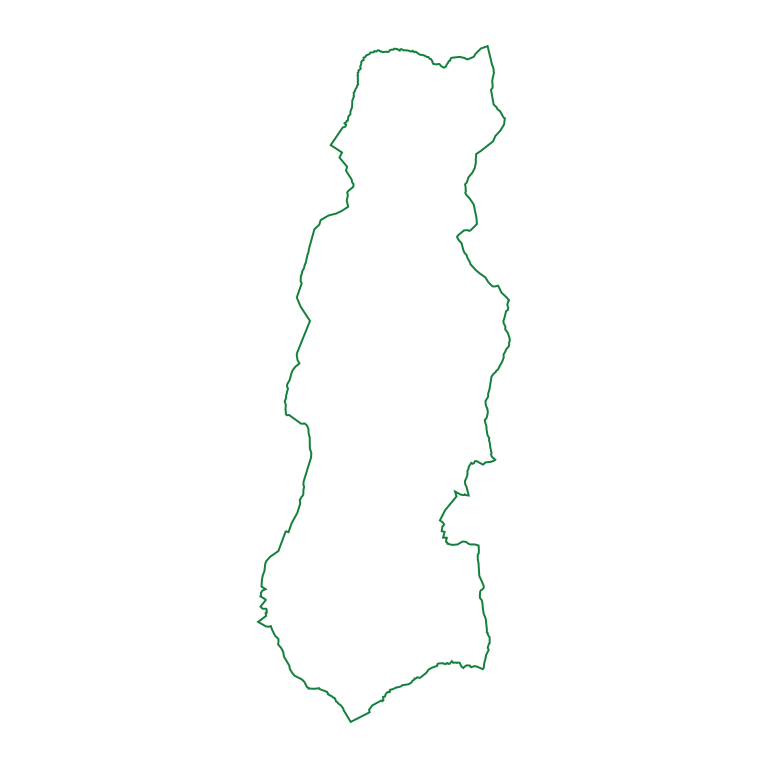 Rodna, Bistrita-Nasaud, Romania (Albers equal-area conic projection)
{"feature_id": "2599482B97945568100996", "entity_name": "Rodna", "entity_type": "district", "adm_level": 2, "iso_a3": "ROU", "parent_name": "Romania", "parent_adm1": "Bistrita-Nasaud", "projection": "albers", "projection_center": [24.848, 47.491], "detail": "fine", "context": "isolated", "style": "outline", "palette": "green", "viewbox_px": 768, "rotation_deg": 0, "n_neighbors": 0, "source": "geoboundaries", "source_scale": "gbopen_adm2", "svg_char_len": 6033}
<svg xmlns="http://www.w3.org/2000/svg" viewBox="0 0 768 768"><path d="M369.6,712.3L369.1,709.7L372.3,705.4L381.3,700.5L382.4,701.2L383.4,700.1L383.1,696.9L385.0,696.5L385.7,694.0L386.9,692.7L388.3,691.8L389.0,692.2L389.9,691.9L390.1,689.8L392.6,689.2L396.8,687.3L398.6,687.2L401.5,686.1L402.2,685.2L408.3,684.3L410.0,683.5L411.6,682.3L412.6,680.7L414.4,679.4L414.5,678.5L415.9,678.5L417.2,677.3L419.4,677.9L420.4,677.6L426.3,672.8L428.6,669.6L431.5,667.9L437.3,665.8L437.4,664.2L438.4,663.5L442.7,663.2L445.4,664.2L446.7,663.1L447.6,663.1L447.9,663.7L449.5,663.9L451.9,661.2L453.2,662.8L456.1,662.5L457.0,663.0L458.1,662.5L459.6,662.8L460.0,663.1L460.6,664.9L461.7,666.8L463.4,668.0L464.5,666.7L466.5,665.4L468.8,665.4L470.1,665.7L470.3,666.7L471.3,667.2L474.6,666.1L476.9,666.6L482.8,669.2L483.7,668.0L484.3,662.8L485.3,659.5L486.2,654.8L488.7,650.0L487.7,647.7L489.0,643.7L489.6,643.3L489.7,637.5L487.7,634.3L487.8,633.2L486.8,632.4L486.9,629.8L485.7,618.7L483.7,613.7L482.8,608.0L482.4,602.7L481.7,600.1L480.1,598.2L479.8,596.0L480.2,591.6L480.8,590.3L482.4,589.4L483.6,588.0L483.8,586.6L483.3,584.7L479.3,575.9L478.5,562.9L477.8,559.8L477.7,554.7L478.7,553.4L478.9,550.6L478.6,545.5L474.5,544.4L470.5,544.5L468.4,543.7L466.2,542.0L463.8,541.5L462.3,541.7L457.4,544.5L452.2,544.9L447.4,543.7L447.4,542.6L446.0,541.7L446.4,538.8L446.9,538.2L446.7,537.7L443.1,537.6L444.6,531.9L441.7,531.2L442.4,526.3L443.6,525.5L444.1,524.4L442.7,522.3L439.9,520.4L445.2,510.1L456.5,496.4L455.1,491.6L460.5,494.5L463.0,495.1L464.3,495.0L464.7,494.4L465.7,495.1L468.7,495.5L466.5,486.7L465.3,484.5L464.9,481.2L466.9,476.8L467.5,474.1L467.4,471.0L468.5,468.7L468.7,466.9L471.3,462.9L472.7,463.8L474.1,462.9L474.9,461.3L476.5,461.1L483.0,464.6L485.7,462.3L490.2,462.0L493.4,461.0L495.2,459.7L491.9,456.8L491.0,454.4L491.6,453.2L490.5,448.5L489.6,441.9L488.9,440.1L489.3,438.2L487.5,435.2L486.4,428.3L486.5,426.8L484.9,421.2L484.9,419.7L486.2,418.6L487.0,416.5L487.8,412.6L487.7,410.6L487.2,409.2L487.4,408.6L486.0,406.0L485.7,404.3L485.5,401.0L488.2,396.6L488.1,393.9L489.5,389.2L491.5,376.6L493.4,374.0L495.9,371.8L496.3,370.7L497.9,369.7L500.6,364.3L501.7,362.7L503.7,357.8L503.6,354.4L505.5,351.3L505.8,349.9L508.8,346.2L509.2,344.2L509.0,342.7L509.9,340.4L509.3,337.2L507.9,333.2L505.2,329.2L505.4,326.5L504.0,324.0L503.4,321.9L503.5,320.5L504.3,318.5L506.1,311.1L507.8,310.0L508.1,309.3L508.2,307.6L507.3,304.9L508.2,301.3L508.9,300.8L508.9,300.1L506.1,296.9L501.6,292.8L498.1,285.7L494.7,286.5L492.4,286.3L488.1,281.9L485.3,277.3L479.3,273.1L475.5,269.8L470.7,264.5L469.4,261.2L467.6,258.3L466.6,255.1L464.4,252.6L463.3,250.1L461.6,243.3L458.5,239.8L457.0,236.9L458.3,235.1L464.0,230.4L467.3,230.1L469.1,230.9L470.6,230.3L476.9,224.1L476.5,218.1L473.7,204.5L469.7,198.5L466.2,194.7L465.3,192.8L465.9,191.0L465.6,189.7L465.7,187.9L465.1,184.3L466.8,182.5L468.5,177.2L472.4,172.7L474.7,168.1L475.9,162.6L475.7,159.4L476.2,156.2L476.0,154.2L481.0,150.8L493.1,141.3L495.3,136.1L500.2,130.8L504.0,124.6L504.9,118.3L503.6,117.6L500.1,111.3L497.4,109.1L496.7,107.5L493.6,104.4L491.0,89.8L492.2,88.3L492.7,86.4L492.2,80.7L493.9,72.9L493.4,68.2L492.0,64.6L487.6,46.1L480.9,48.5L475.4,54.0L473.8,56.8L468.0,59.3L466.1,59.0L464.6,58.0L459.7,56.9L451.5,57.8L450.6,58.7L450.1,60.6L448.7,61.2L448.1,62.7L446.6,64.7L446.0,66.5L444.3,67.6L443.5,67.6L440.9,65.9L440.1,64.7L439.0,63.9L436.7,64.4L433.3,63.9L432.5,62.5L432.6,61.8L431.0,59.1L429.9,58.9L428.2,57.0L426.3,56.8L425.4,56.0L423.4,55.2L419.7,54.6L415.7,51.7L414.4,52.2L412.7,50.8L411.6,51.6L407.6,50.4L403.5,50.3L401.3,49.1L400.3,49.4L399.8,50.5L399.2,50.5L397.3,49.1L394.2,48.7L393.4,49.7L391.7,49.6L389.9,50.2L388.9,51.6L387.6,52.0L386.2,51.7L382.6,52.1L381.4,51.4L380.3,51.5L379.0,50.4L377.7,50.3L376.5,51.5L374.4,51.1L374.0,51.9L373.1,52.3L370.3,52.6L369.3,54.1L366.1,55.5L365.4,57.0L363.6,57.6L363.6,60.1L362.0,60.7L361.2,62.2L361.4,63.7L360.2,66.4L360.7,68.8L358.5,70.4L358.5,72.1L357.6,73.0L358.0,75.0L357.5,75.7L357.9,77.3L357.8,79.5L358.0,81.9L357.7,82.8L358.2,84.4L357.2,85.5L356.8,87.2L355.3,89.6L354.8,91.3L353.7,92.7L353.9,94.8L353.6,95.7L353.9,96.5L352.3,100.5L352.1,107.1L350.4,111.7L350.4,114.3L348.4,116.4L347.8,120.6L346.7,120.9L346.4,122.0L344.7,123.0L344.5,123.4L346.2,124.8L345.4,126.6L342.7,127.5L330.7,145.1L342.0,152.5L339.5,157.6L347.1,166.7L346.0,170.7L351.6,179.5L352.2,182.5L353.5,184.0L353.3,186.8L348.0,191.2L347.2,192.7L347.9,195.1L346.7,200.6L348.2,206.7L341.6,211.0L336.4,213.5L328.6,215.5L320.7,220.0L319.3,224.7L314.4,229.2L308.9,249.1L308.4,252.6L307.6,254.2L305.6,263.4L304.9,264.3L304.0,268.1L302.3,271.2L302.0,273.4L300.9,276.1L300.6,281.2L301.7,283.4L296.8,297.5L300.7,306.8L310.0,320.9L297.2,352.6L296.7,354.7L297.5,359.9L299.4,363.5L295.3,366.8L292.7,370.2L291.4,373.5L289.6,380.2L287.4,383.9L287.0,385.7L287.3,387.3L288.0,388.4L286.0,396.2L286.1,398.0L284.7,401.4L285.8,404.8L285.5,409.3L286.0,414.2L286.8,415.2L289.1,415.0L301.1,423.7L304.9,423.6L306.9,425.4L308.5,428.9L308.5,432.0L309.1,435.7L309.7,437.2L309.9,448.9L311.3,452.7L311.1,457.3L303.6,481.6L303.4,484.6L304.1,486.8L303.4,490.3L303.3,494.5L302.5,496.0L300.9,497.6L300.6,499.0L299.8,499.8L300.2,503.6L297.3,512.9L291.7,523.0L288.5,532.2L286.4,531.4L285.8,531.4L285.4,532.1L278.4,551.0L270.1,556.8L266.0,561.5L265.2,564.2L264.4,571.2L262.7,575.6L261.9,580.3L261.5,586.5L265.6,589.2L262.3,590.7L260.9,593.0L261.1,595.2L260.4,596.3L265.6,599.5L265.6,600.3L260.5,606.6L262.5,608.7L266.2,608.8L266.7,609.6L266.7,612.1L266.4,612.2L266.7,612.7L265.6,613.4L266.2,615.8L258.1,621.9L265.8,626.3L268.7,626.8L270.8,626.1L271.9,629.3L274.5,634.6L275.6,636.3L278.4,638.9L278.5,641.3L278.1,644.4L281.3,648.2L283.2,651.9L284.0,656.7L289.3,665.6L289.9,669.1L292.6,673.5L294.6,675.7L301.8,679.4L304.3,681.8L307.0,687.1L308.7,688.0L308.6,688.5L314.4,688.8L319.1,688.2L319.5,689.0L327.0,691.9L328.2,693.9L328.0,694.3L332.0,696.4L333.3,697.7L334.1,697.7L335.0,698.6L336.0,701.3L337.4,702.3L338.1,703.4L340.9,705.4L343.3,708.6L343.7,710.3L350.7,721.9L369.6,712.3Z" fill="none" stroke="#15803d" stroke-width="2"/></svg>